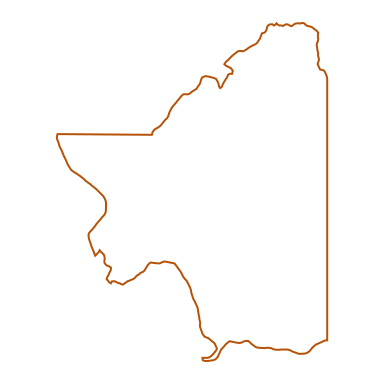 outline of Jacundá, Pará, Brazil
{"feature_id": "56859067B70193935758216", "entity_name": "Jacundá", "entity_type": "district", "adm_level": 2, "iso_a3": "BRA", "parent_name": "Brazil", "parent_adm1": "Pará", "projection": "robinson", "projection_center": [-49.237, -4.593], "detail": "fine", "context": "isolated", "style": "outline", "palette": "amber", "viewbox_px": 384, "rotation_deg": 0, "n_neighbors": 0, "source": "geoboundaries", "source_scale": "gbopen_adm2", "svg_char_len": 3641}
<svg xmlns="http://www.w3.org/2000/svg" viewBox="0 0 384 384"><path d="M57.5,134.1L56.8,137.0L57.2,139.5L58.0,141.4L59.0,144.2L59.6,146.6L61.3,149.7L62.5,152.6L63.9,156.1L65.1,158.4L66.1,160.6L67.5,164.0L69.0,166.5L70.8,169.4L72.3,170.9L74.4,172.3L76.4,173.5L79.8,175.8L82.2,177.7L83.7,178.9L84.9,180.1L86.1,181.2L88.9,183.2L90.5,184.3L91.8,185.6L94.3,187.5L96.9,189.7L103.2,196.1L104.4,198.1L105.4,200.0L106.0,202.5L106.0,205.8L105.9,210.4L105.4,213.1L103.8,215.5L101.8,217.5L100.7,219.1L96.3,224.1L95.1,226.0L92.8,228.8L91.0,230.8L89.4,232.5L88.5,234.7L88.8,238.1L89.5,240.4L90.3,242.8L91.8,247.2L92.9,249.9L93.6,251.5L95.2,255.7L98.7,252.1L99.6,250.3L102.4,253.3L103.7,254.5L104.4,256.3L104.7,258.6L104.4,260.7L104.4,262.6L105.7,264.6L107.3,265.7L109.1,266.3L110.9,267.5L110.9,269.9L109.4,272.7L108.7,274.5L107.1,277.4L106.6,279.2L107.9,280.4L109.0,282.2L110.9,283.3L111.9,281.4L114.4,281.2L116.2,281.9L117.9,283.0L119.8,283.3L121.3,284.2L122.9,284.6L127.7,281.2L129.4,280.7L130.9,279.9L133.0,279.2L134.7,278.0L137.0,275.5L139.1,274.3L140.2,273.1L143.2,271.7L144.5,270.5L147.6,265.3L148.7,264.0L150.6,262.5L153.4,262.9L157.1,263.3L159.7,263.4L162.5,262.1L164.2,261.5L166.4,261.8L174.5,263.4L177.0,266.7L179.1,269.7L180.4,271.2L183.3,276.9L184.9,279.0L186.7,280.8L187.7,282.8L189.1,285.7L190.2,287.8L190.9,290.1L191.3,292.7L193.3,298.9L194.6,301.1L196.4,305.1L197.5,307.4L198.8,315.4L199.3,317.2L199.4,319.2L200.2,322.6L199.9,325.1L200.1,327.1L201.0,329.5L202.4,333.6L204.4,336.5L206.5,337.5L208.3,338.1L210.1,339.6L211.6,340.9L214.5,343.2L216.9,348.4L216.3,350.2L212.9,354.4L211.4,355.8L210.1,356.8L207.9,357.9L204.9,357.8L202.4,357.9L202.8,360.3L205.2,361.0L207.9,361.0L213.3,360.2L215.5,359.3L217.4,357.4L219.2,353.9L220.3,351.2L221.3,349.3L222.9,347.7L224.4,346.0L225.9,344.1L229.6,341.2L235.9,342.5L239.1,343.0L241.3,342.7L244.3,341.2L246.4,340.9L248.3,341.0L249.6,342.0L251.3,343.8L255.6,347.0L257.6,347.6L260.8,347.9L264.5,348.1L266.6,347.8L268.7,347.8L271.4,348.2L273.4,349.3L276.9,349.8L280.0,349.7L282.5,349.5L287.1,349.5L289.7,350.0L292.1,351.4L296.3,352.9L298.7,353.8L301.7,353.8L305.0,353.5L306.5,353.2L308.4,352.0L309.8,350.9L312.5,347.5L315.7,344.7L321.3,342.2L323.2,341.2L325.4,340.4L327.2,340.4L327.2,186.5L327.2,135.0L327.2,78.6L326.7,76.1L324.9,71.9L323.7,70.4L320.0,69.4L317.6,64.0L318.9,60.1L318.7,58.0L318.1,56.0L318.1,52.6L317.3,50.0L317.3,48.1L316.7,45.7L316.9,43.4L318.0,41.0L318.2,38.9L317.9,37.0L317.9,34.9L318.3,32.8L316.9,31.0L312.1,27.3L310.4,26.6L308.3,26.1L306.7,25.6L303.7,23.1L301.9,23.0L300.2,23.5L298.2,23.3L296.0,23.4L294.4,24.1L292.9,25.3L291.4,26.2L289.8,25.6L288.0,24.5L286.1,24.3L284.6,24.9L282.9,26.0L281.2,25.4L279.5,25.5L277.9,24.8L276.5,23.3L275.3,24.7L273.9,25.5L272.4,24.3L269.8,24.4L268.1,25.4L267.1,27.1L266.2,30.5L264.8,32.5L262.0,33.3L261.2,35.2L259.8,39.0L258.5,40.7L257.3,42.6L255.6,44.1L253.5,45.1L251.1,46.3L249.1,47.5L246.1,49.7L243.3,51.3L240.8,51.0L239.1,51.0L237.6,51.5L234.2,54.2L232.1,55.9L230.1,57.9L228.5,59.6L227.2,60.7L225.7,62.2L224.4,64.2L226.3,66.0L228.6,66.9L231.3,68.5L232.8,70.9L232.1,73.8L229.8,73.8L228.0,74.8L227.0,77.4L225.5,79.5L223.3,83.4L221.6,87.0L220.2,88.1L219.0,86.4L218.5,83.7L217.4,81.0L215.7,78.6L213.2,77.8L208.7,76.6L205.4,76.1L202.2,77.4L201.1,79.7L200.1,83.4L198.9,85.2L197.6,86.9L196.6,88.7L195.1,89.7L192.1,91.6L189.8,93.5L187.9,94.4L185.5,94.2L183.4,94.3L181.5,95.9L179.3,98.6L178.0,100.1L175.4,103.4L173.5,105.5L172.3,107.1L171.1,109.0L169.6,112.0L169.0,113.6L168.5,115.5L167.2,118.0L165.3,119.8L163.4,122.0L162.1,123.8L160.5,125.7L157.9,127.6L154.5,129.5L152.6,132.0L151.9,134.8L57.5,134.1Z" fill="none" stroke="#b45309" stroke-width="2"/></svg>